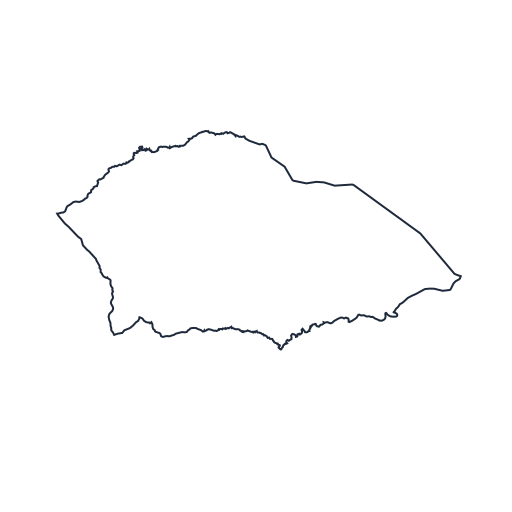 outline of Marcelândia, Mato Grosso, Brazil, rotated 15°
{"feature_id": "56859067B26303333068541", "entity_name": "Marcelândia", "entity_type": "district", "adm_level": 2, "iso_a3": "BRA", "parent_name": "Brazil", "parent_adm1": "Mato Grosso", "projection": "orthographic", "projection_center": [-54.125, -10.924], "detail": "fine", "context": "isolated", "style": "outline", "palette": "slate", "viewbox_px": 512, "rotation_deg": 15, "n_neighbors": 0, "source": "geoboundaries", "source_scale": "gbopen_adm2", "svg_char_len": 6109}
<svg xmlns="http://www.w3.org/2000/svg" viewBox="0 0 512 512"><g transform="rotate(15 256 256)"><path d="M409.1,263.8L410.6,261.8L413.5,257.2L416.8,254.1L420.3,251.3L427.3,244.6L428.0,244.1L432.4,242.5L436.5,241.5L445.3,241.3L451.7,238.8L452.4,238.2L452.7,237.4L453.9,231.3L455.4,228.7L458.4,225.8L458.8,224.9L459.0,222.5L455.5,222.3L452.4,221.9L408.9,191.7L331.8,162.1L330.3,162.1L313.8,167.7L302.6,167.3L295.0,168.8L285.9,172.8L272.5,173.6L271.5,173.2L260.5,162.3L245.5,156.9L237.2,147.0L236.4,146.5L233.2,146.0L230.5,147.3L219.5,146.4L215.3,145.2L214.1,143.8L213.5,143.5L213.0,144.0L211.1,144.8L210.1,144.7L209.2,145.2L205.8,144.4L205.0,144.6L205.1,145.4L204.3,144.9L203.9,144.2L203.2,144.3L202.2,143.8L201.4,143.8L200.9,143.4L198.9,143.1L198.3,143.9L196.7,144.8L196.0,144.0L195.2,144.0L193.6,145.2L192.8,146.4L191.1,146.3L190.8,147.1L190.1,147.0L189.3,147.8L186.9,148.1L186.0,148.5L185.5,149.4L183.8,148.3L180.6,148.3L179.5,149.0L178.4,148.8L178.0,148.0L177.4,147.7L176.9,148.2L176.0,148.1L174.8,148.4L172.6,149.9L171.8,150.0L171.4,150.6L169.2,152.0L167.2,154.6L167.0,155.3L164.5,156.9L164.0,157.8L163.9,158.6L163.2,159.3L160.8,160.2L161.7,160.9L160.9,162.9L160.1,163.6L158.6,166.9L157.2,168.3L153.9,169.3L154.0,170.1L153.0,170.5L151.8,170.1L151.2,170.6L149.8,170.4L149.5,171.0L148.7,171.0L146.1,172.8L145.1,173.9L144.5,173.0L144.3,174.1L143.6,173.8L142.9,174.2L141.8,173.8L140.6,173.8L138.2,174.4L137.3,175.0L136.0,174.9L134.1,176.0L133.6,178.0L134.0,178.7L133.4,179.1L133.5,180.0L130.8,182.0L128.4,182.6L127.6,181.4L127.0,181.8L126.2,181.5L125.2,180.1L124.8,181.0L123.9,181.1L122.4,180.6L122.1,181.4L122.7,182.4L122.0,182.9L120.5,181.8L119.9,182.8L118.5,183.3L117.8,182.5L118.2,180.6L117.7,179.8L115.6,180.6L115.1,181.6L115.3,182.2L115.8,182.9L116.8,182.5L116.4,184.6L114.1,185.6L114.9,186.7L114.1,187.4L111.7,187.8L111.3,188.3L111.6,189.4L112.3,190.0L111.8,190.9L111.7,192.2L112.5,193.3L112.0,194.6L111.3,195.0L109.6,196.8L109.3,197.5L108.6,197.7L108.4,198.5L107.9,199.1L107.3,199.3L106.6,199.2L106.6,200.1L106.2,200.7L104.1,201.1L102.5,203.1L100.5,203.1L98.3,205.4L96.5,205.4L96.1,206.4L94.0,207.1L93.4,208.1L91.4,209.5L91.0,210.4L92.0,212.2L91.8,213.4L89.4,216.4L88.4,219.1L88.5,219.9L85.7,222.4L84.9,222.4L83.5,224.3L83.6,225.0L84.5,225.7L84.3,229.7L83.1,230.1L81.4,231.5L81.5,232.6L80.8,233.9L79.9,234.7L79.8,235.8L80.1,236.4L80.1,237.2L78.2,239.0L77.7,239.8L77.6,241.7L78.0,242.4L77.6,243.4L76.6,244.5L75.8,245.1L75.4,246.1L73.5,248.1L71.9,249.2L71.0,249.6L68.0,250.0L65.7,251.1L63.3,254.3L61.0,256.6L60.5,257.9L60.1,262.1L59.0,263.5L58.2,264.1L56.9,264.4L54.3,266.1L53.0,266.5L54.4,268.0L63.0,274.1L67.3,276.2L78.9,283.3L82.8,284.9L86.1,290.5L91.5,293.9L93.5,294.7L102.2,300.3L103.0,301.6L107.3,305.9L107.7,306.5L107.8,307.9L109.0,308.8L109.6,309.7L110.1,311.8L111.7,312.8L112.1,313.5L113.9,315.1L116.3,315.8L117.4,315.8L117.8,315.2L118.3,315.7L121.1,316.6L121.8,317.1L122.7,320.9L123.9,322.7L125.8,324.3L126.0,326.1L127.1,327.3L126.6,329.0L126.8,329.9L128.5,332.7L128.7,334.1L127.9,336.5L127.9,338.5L128.2,339.4L131.1,342.5L131.7,344.1L131.4,346.3L129.7,349.2L129.3,350.2L129.3,352.5L129.8,353.8L131.0,356.1L132.6,358.1L133.8,361.5L134.9,363.1L134.9,363.9L135.6,365.4L137.8,367.0L139.4,368.9L142.6,366.8L146.7,364.9L148.1,361.8L152.8,358.3L155.2,355.0L157.3,351.0L159.0,349.1L159.4,347.0L159.3,345.3L161.8,345.6L162.8,346.0L164.5,347.5L166.6,348.2L168.0,348.3L170.5,347.9L171.1,348.4L172.1,347.0L173.7,348.9L174.3,351.0L175.5,353.0L177.5,354.0L178.0,354.9L178.7,355.2L182.6,355.4L183.7,355.9L185.1,358.0L186.6,358.3L188.1,357.8L189.1,357.0L191.4,356.2L193.1,356.0L197.4,353.2L198.6,351.8L204.1,348.7L207.5,348.0L208.8,347.3L209.5,345.6L210.7,344.2L211.5,342.8L214.0,341.7L216.9,341.1L218.7,341.6L221.9,341.8L224.3,342.8L225.2,342.3L225.4,341.1L226.1,341.7L227.6,340.5L227.8,339.8L228.5,339.6L229.0,339.0L231.4,338.8L234.7,339.1L236.1,338.6L237.2,338.7L238.7,337.5L238.9,336.4L239.7,336.7L240.1,335.8L241.7,335.4L242.3,335.6L242.7,334.6L243.7,334.6L244.4,334.1L245.1,334.3L245.4,333.6L246.0,334.0L247.5,332.7L248.4,332.9L250.5,330.7L251.4,332.0L252.3,331.6L254.3,332.0L256.0,331.9L257.2,331.4L259.2,331.4L259.9,332.1L260.7,332.1L261.4,332.6L262.6,332.9L263.3,332.8L262.9,332.0L265.0,331.7L266.7,330.7L267.0,330.1L271.3,330.5L272.9,329.9L273.3,330.5L273.9,329.8L274.8,329.9L274.9,329.0L275.8,329.0L276.2,328.4L276.6,329.1L277.5,329.5L279.0,329.1L279.7,329.3L280.4,329.1L282.4,330.0L283.1,329.6L283.8,330.0L284.4,330.7L285.1,330.2L287.0,330.7L288.6,332.1L289.7,331.4L290.8,332.4L293.1,331.9L293.7,332.3L294.2,333.3L295.1,333.6L295.8,334.5L296.8,334.9L299.6,335.0L299.7,335.8L301.9,335.9L302.3,336.6L301.4,338.3L301.8,338.9L303.9,339.9L304.6,339.6L304.8,338.0L305.4,337.2L305.5,335.1L306.3,334.3L306.5,333.4L307.4,333.3L308.7,332.3L307.4,331.3L307.5,329.7L308.2,328.9L309.7,329.4L310.3,328.5L311.7,327.2L311.4,325.5L310.5,323.8L311.3,321.9L313.2,321.8L314.4,322.2L315.0,322.5L315.5,323.8L316.5,323.2L316.8,322.2L316.4,320.9L317.8,319.9L318.5,320.5L319.2,320.2L319.5,319.3L320.0,318.9L320.3,318.1L319.9,316.7L319.1,315.6L319.8,314.2L322.6,316.2L323.1,316.9L324.4,316.7L325.3,316.2L325.7,315.4L327.1,314.6L326.6,313.7L326.7,312.7L327.2,312.1L326.8,311.0L327.3,310.5L326.7,309.8L327.2,309.2L328.0,309.0L328.3,307.7L330.0,306.9L330.5,306.3L331.3,306.2L332.2,307.5L333.0,308.0L333.9,307.9L334.6,308.1L335.3,307.8L336.1,305.8L337.5,305.2L339.0,303.5L338.5,302.5L339.6,302.6L342.2,301.4L345.1,301.8L346.0,301.5L347.2,300.4L348.3,298.5L351.5,295.4L353.7,293.6L355.3,293.2L357.2,293.5L358.8,292.2L360.0,292.5L360.7,292.3L361.3,292.6L362.1,293.8L362.4,295.5L363.4,295.6L365.9,293.4L368.5,290.4L369.2,289.3L370.1,286.3L371.0,285.9L372.3,286.2L373.3,286.1L375.6,285.3L378.5,285.8L381.2,284.9L382.7,285.2L384.5,284.6L387.3,285.6L391.2,286.1L391.9,286.5L392.9,286.1L393.8,286.1L394.9,285.5L396.3,284.1L396.9,282.8L396.8,280.7L395.9,278.6L395.9,277.6L396.4,277.3L398.7,278.8L401.0,279.5L403.5,279.3L406.4,278.5L407.0,278.2L407.8,277.3L407.6,276.0L406.9,275.3L405.4,274.9L403.6,274.8L403.6,274.2L404.2,273.6L404.8,271.0L406.4,268.5L407.5,265.2L409.1,263.8Z" fill="none" stroke="#1e293b" stroke-width="2"/></g></svg>